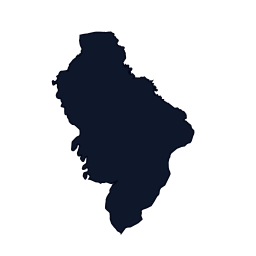 the district of Tarnova, Caras-Severin, Romania, rotated 77°
{"feature_id": "2599482B16006768624412", "entity_name": "Tarnova", "entity_type": "district", "adm_level": 2, "iso_a3": "ROU", "parent_name": "Romania", "parent_adm1": "Caras-Severin", "projection": "natural_earth1", "projection_center": [21.989, 45.335], "detail": "fine", "context": "isolated", "style": "filled", "palette": "ink", "viewbox_px": 256, "rotation_deg": 77, "n_neighbors": 0, "source": "geoboundaries", "source_scale": "gbopen_adm2", "svg_char_len": 5742}
<svg xmlns="http://www.w3.org/2000/svg" viewBox="0 0 256 256"><g transform="rotate(77 128 128)"><path d="M220.0,135.0L216.3,135.5L214.1,134.4L213.4,134.2L212.3,134.2L211.0,133.6L210.3,132.3L209.8,127.6L208.7,123.0L205.0,119.2L200.9,115.5L200.0,113.9L199.0,112.9L195.6,111.6L193.5,109.9L191.7,105.1L184.3,99.1L182.1,97.5L180.2,97.5L178.0,97.9L175.7,97.9L170.5,96.9L166.9,95.3L165.6,94.0L163.9,93.4L162.2,92.1L161.2,90.3L158.6,85.1L157.8,80.0L158.0,76.9L156.4,74.4L156.0,72.6L156.0,70.8L154.8,69.5L150.1,66.8L148.7,65.7L147.1,65.0L145.4,64.7L142.7,66.4L139.8,66.4L138.3,67.3L137.5,68.4L136.7,68.6L136.1,69.0L135.7,69.5L134.6,70.0L133.8,71.4L133.5,71.7L132.6,71.7L131.9,71.0L131.5,70.2L131.5,69.4L131.2,69.1L130.9,69.3L130.5,69.3L130.1,69.0L129.1,68.7L128.6,69.1L127.6,68.7L127.0,69.3L126.3,69.3L125.2,69.8L124.4,70.6L123.9,71.6L123.5,72.0L122.2,72.6L122.1,73.8L119.8,75.3L119.5,78.3L113.0,83.5L112.9,84.1L112.7,84.6L111.8,85.2L109.6,87.5L108.8,87.6L108.4,87.3L108.0,88.7L107.8,89.1L106.9,89.2L105.6,88.8L104.9,89.6L104.4,89.6L104.5,90.6L104.4,90.9L104.0,91.4L103.2,91.9L102.4,91.9L102.4,93.0L102.0,93.6L102.0,93.8L101.8,94.4L101.0,94.1L100.8,94.2L101.2,94.6L100.8,94.8L99.8,94.7L98.5,94.7L97.6,95.0L97.2,94.9L97.1,94.6L97.0,93.0L97.5,92.8L97.7,92.5L98.1,92.0L97.9,91.2L97.4,91.1L96.7,91.9L96.8,92.6L96.6,93.1L96.0,93.1L95.9,93.3L95.8,93.7L94.8,94.2L94.5,93.9L94.3,93.5L94.5,93.0L94.7,92.9L95.0,93.0L95.3,92.5L95.3,92.4L94.9,91.9L94.3,92.0L94.2,92.2L93.7,92.6L93.3,92.6L92.9,93.8L92.4,94.2L91.7,94.3L90.6,93.5L90.0,94.9L89.0,95.1L88.3,94.6L87.8,94.1L87.9,94.6L87.4,95.0L87.3,96.4L87.0,97.0L86.5,97.2L85.9,97.1L85.6,97.5L85.3,98.4L84.7,98.6L84.3,99.4L83.3,99.8L82.7,100.3L82.2,100.5L82.3,101.0L82.2,102.4L81.7,103.6L81.7,104.1L82.2,104.8L82.2,105.4L81.9,106.2L81.7,107.3L80.9,109.8L80.8,111.4L79.5,110.3L79.1,110.5L78.9,110.1L78.2,110.3L77.6,110.8L76.9,111.1L76.3,111.6L76.5,112.3L76.4,113.3L75.8,113.8L75.3,114.5L74.9,114.5L74.8,113.2L74.5,113.2L74.5,113.7L74.0,114.0L74.1,114.5L73.9,114.5L73.7,114.0L73.4,114.1L73.5,114.4L73.0,114.6L72.6,113.3L72.6,113.2L73.0,113.0L72.5,112.7L72.4,112.5L72.4,112.1L71.7,111.3L70.8,111.1L70.5,111.4L70.3,112.9L70.1,113.6L69.6,114.2L69.0,114.1L67.3,113.5L67.1,113.6L66.8,115.1L67.2,115.5L66.1,116.2L66.9,116.6L67.5,116.5L67.6,117.1L65.8,117.8L65.8,118.2L65.7,118.2L64.8,118.1L63.6,118.5L62.5,118.2L61.8,117.3L60.4,116.1L59.8,115.2L59.2,114.8L57.4,114.5L55.6,114.4L54.4,114.0L53.7,114.4L51.7,114.5L51.1,115.0L50.6,115.1L48.9,113.8L48.6,113.9L48.0,114.6L47.7,116.1L47.2,116.8L46.6,117.2L46.1,118.5L45.4,119.3L44.9,119.6L43.5,120.0L43.1,120.0L42.2,119.6L40.9,118.2L40.5,118.0L39.8,118.2L37.9,119.9L36.7,119.9L36.3,120.3L35.9,121.1L35.6,121.3L35.1,121.4L33.4,120.7L33.0,120.9L32.8,121.1L32.5,121.7L31.5,122.8L30.8,123.2L30.7,124.3L30.5,125.1L30.3,126.8L30.2,128.4L29.6,129.7L29.5,130.8L28.9,132.5L27.7,137.6L27.5,139.3L27.4,144.5L27.5,146.0L27.1,149.4L27.0,153.7L29.7,154.4L31.9,155.3L35.8,155.6L37.7,155.4L39.6,154.9L40.5,154.8L41.6,155.2L42.5,156.1L44.5,156.4L45.1,157.2L45.1,158.0L45.9,158.6L46.5,158.5L46.8,158.8L46.8,159.1L46.1,159.3L46.0,160.2L46.4,160.1L46.9,160.7L46.4,161.0L46.7,161.6L46.7,161.9L47.7,162.4L48.1,162.8L49.5,166.0L51.3,168.2L52.9,170.4L53.2,170.7L54.2,170.7L55.9,172.3L57.7,173.0L58.2,173.0L58.6,173.3L58.0,173.5L58.6,173.9L58.3,174.2L58.5,175.1L58.2,178.7L57.9,180.1L58.0,181.0L58.7,182.0L59.7,182.8L61.2,183.7L61.4,184.2L61.4,185.1L61.8,185.5L62.0,185.7L62.3,185.2L62.7,185.0L63.6,185.1L64.7,185.8L65.5,186.4L66.3,187.7L66.5,188.3L66.4,189.2L66.1,189.7L65.2,190.3L65.2,190.6L65.7,191.1L68.5,191.3L69.1,191.1L69.2,190.6L68.3,188.6L68.2,187.9L68.5,187.4L69.4,186.7L69.8,186.6L71.8,187.3L72.8,187.4L74.5,187.0L75.6,187.1L77.0,187.9L78.1,189.2L79.0,189.8L79.9,190.3L81.0,190.4L82.3,190.2L82.9,189.7L83.5,188.8L84.1,187.1L84.6,186.6L86.8,186.8L88.8,186.1L89.2,186.2L91.2,187.8L91.8,188.0L92.1,187.8L93.4,185.3L93.7,185.0L95.3,185.1L97.5,185.7L100.1,186.1L100.7,185.7L101.5,184.3L102.0,184.0L102.5,184.0L103.4,184.3L104.0,184.3L106.1,183.5L108.5,183.5L110.1,182.7L111.8,181.3L112.4,179.6L113.1,178.8L117.6,175.7L118.4,175.2L119.0,175.1L119.8,175.1L122.8,175.7L123.9,176.2L124.5,176.6L124.8,177.0L125.2,177.8L125.3,179.0L125.8,180.4L128.9,185.1L129.6,185.5L136.3,187.6L136.9,187.5L137.3,187.2L137.6,186.6L137.6,186.2L137.4,185.5L135.5,182.7L132.9,181.2L132.5,180.4L132.6,179.9L133.7,179.2L134.4,179.1L135.0,179.2L139.1,181.4L140.4,182.4L141.6,182.8L142.6,182.8L143.5,182.7L144.0,182.1L144.1,181.7L143.9,180.0L144.1,179.5L144.3,179.4L144.8,179.5L146.2,180.5L147.2,180.9L147.6,180.9L149.9,179.9L150.3,179.3L150.3,178.8L149.6,178.2L148.3,177.4L147.2,176.4L146.8,175.8L146.5,175.3L146.5,174.6L146.8,174.4L148.2,174.6L152.8,176.0L153.3,176.5L154.9,179.9L155.8,180.6L157.3,181.4L158.0,181.2L158.1,180.9L158.2,179.9L157.9,178.6L157.2,177.4L157.2,176.9L157.7,176.2L158.8,175.8L160.1,176.0L161.5,176.8L161.7,177.4L161.9,180.6L162.2,181.0L162.8,181.4L164.1,182.0L165.1,182.2L167.8,181.3L168.0,181.0L167.9,180.9L167.1,179.9L166.1,179.3L164.1,178.7L163.6,178.1L163.5,177.6L164.0,177.0L165.4,175.8L166.6,175.7L167.5,176.0L168.9,177.5L169.4,176.4L170.1,175.2L173.0,171.4L173.8,168.9L174.6,167.9L175.5,167.1L175.0,165.5L175.2,164.6L175.6,163.6L175.4,161.9L175.9,160.4L177.8,157.6L178.2,156.4L178.2,155.3L178.0,153.7L176.9,149.7L177.7,151.2L179.3,153.7L179.8,154.7L180.0,155.5L181.8,156.9L183.6,158.8L184.7,159.5L186.5,159.7L187.0,159.9L188.5,161.7L190.7,163.8L193.0,165.2L194.7,165.5L196.1,166.2L200.5,167.6L201.1,167.7L201.5,167.6L203.0,166.7L205.6,164.8L206.6,164.4L210.2,164.9L211.9,165.4L213.1,165.6L217.3,165.2L221.1,163.5L223.4,162.1L225.7,161.2L227.1,159.5L228.6,158.3L229.0,158.3L224.6,153.2L224.2,151.3L224.7,147.8L222.4,139.4L220.0,135.0Z" fill="#0f172a" stroke="#020617" stroke-width="1.5"/></g></svg>